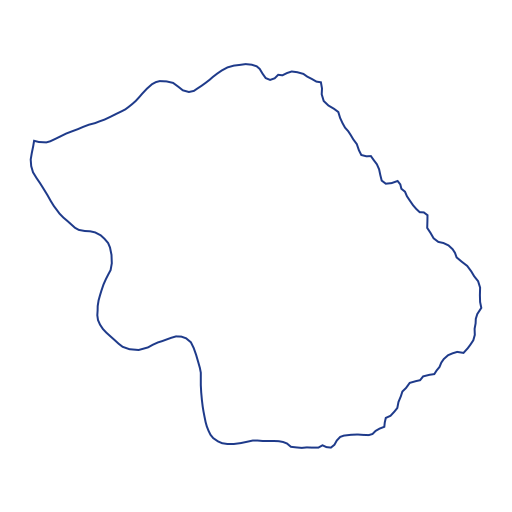 the district of Cristais, Minas Gerais, Brazil
{"feature_id": "56859067B19723843518718", "entity_name": "Cristais", "entity_type": "district", "adm_level": 2, "iso_a3": "BRA", "parent_name": "Brazil", "parent_adm1": "Minas Gerais", "projection": "robinson", "projection_center": [-45.56, -20.812], "detail": "fine", "context": "isolated", "style": "outline", "palette": "blue", "viewbox_px": 512, "rotation_deg": 0, "n_neighbors": 0, "source": "geoboundaries", "source_scale": "gbopen_adm2", "svg_char_len": 3130}
<svg xmlns="http://www.w3.org/2000/svg" viewBox="0 0 512 512"><path d="M434.3,374.1L436.6,370.5L439.5,367.0L441.3,362.6L443.8,359.0L448.1,355.2L452.6,353.3L457.2,351.9L463.5,352.9L467.7,348.3L470.3,344.8L473.3,340.3L474.8,334.9L474.6,328.8L475.6,323.4L475.8,318.8L477.3,314.0L481.3,307.9L480.1,302.0L479.9,295.2L480.1,287.6L478.1,281.2L474.2,276.3L471.2,271.3L467.2,265.9L461.6,261.6L456.6,257.4L455.0,252.9L452.6,249.2L448.5,245.4L443.4,243.0L438.3,241.9L433.6,238.3L430.5,232.9L427.2,227.9L427.4,221.4L427.5,215.2L423.8,212.4L419.7,212.2L416.2,208.9L413.0,205.2L409.5,200.1L406.9,196.2L405.0,191.7L401.4,188.8L400.3,184.4L397.6,181.0L391.6,183.1L385.8,183.7L381.7,180.6L380.3,175.0L379.1,169.3L376.9,164.3L373.5,159.8L370.9,156.1L366.4,156.3L361.3,155.0L358.9,150.2L356.8,144.1L353.3,139.4L350.5,134.7L348.2,131.2L345.0,127.6L342.5,123.1L340.1,117.9L338.3,112.0L334.0,108.8L328.4,105.5L323.7,101.0L321.7,94.3L322.0,88.5L320.9,82.3L316.4,81.6L311.9,79.0L307.2,76.6L303.4,73.9L297.2,72.2L291.7,71.5L287.1,73.0L282.4,75.3L278.2,74.8L274.7,78.3L270.1,79.9L265.7,78.1L262.5,73.6L259.7,68.9L256.7,66.3L251.7,64.7L245.6,64.1L239.9,64.9L233.9,65.6L227.5,67.4L221.9,70.4L217.2,73.6L212.9,76.9L209.6,79.8L205.7,82.8L201.4,85.9L197.1,88.7L193.9,90.9L188.9,92.0L182.8,90.3L178.4,86.8L173.1,82.9L166.5,81.4L159.7,81.1L155.9,82.1L152.0,84.2L146.9,88.7L142.2,93.7L139.0,97.4L135.7,101.0L131.8,104.4L128.4,107.1L125.3,109.4L121.6,111.3L116.2,113.9L110.0,117.0L104.5,119.6L99.4,121.4L95.1,123.1L88.9,124.7L83.1,126.9L78.0,129.1L71.8,131.4L66.3,133.5L61.2,136.0L55.3,138.9L50.2,141.3L46.3,142.4L38.8,142.0L34.1,140.8L33.2,146.2L31.8,153.0L30.7,159.5L31.2,166.1L33.0,172.3L36.5,178.0L40.0,183.1L43.0,187.9L47.5,195.2L50.8,201.1L53.9,206.1L56.7,209.8L59.5,213.6L63.4,217.6L67.3,220.9L71.0,224.2L75.0,227.8L78.8,229.9L84.8,231.0L90.2,231.3L95.1,232.4L100.7,235.3L104.5,238.8L108.1,243.0L110.0,247.5L111.5,254.9L111.8,263.3L110.6,270.1L108.4,274.2L105.9,279.1L103.5,284.5L101.5,290.4L100.0,295.3L98.6,300.3L97.7,306.0L97.6,310.7L97.3,315.2L98.0,320.1L100.0,324.6L102.9,329.0L106.3,332.6L110.5,336.4L114.9,340.3L118.6,343.7L122.6,346.8L129.4,349.2L138.6,350.0L143.7,348.6L148.0,347.4L152.9,344.7L158.0,342.4L162.2,341.1L166.8,339.4L171.2,337.8L176.0,336.4L181.3,336.6L186.1,338.3L190.9,342.3L193.7,348.0L196.1,354.8L198.2,362.0L199.9,368.0L200.8,372.7L200.8,378.8L200.8,385.1L201.2,392.4L201.9,400.0L202.7,406.6L203.5,411.5L204.5,416.7L205.6,422.1L206.8,426.4L208.5,430.7L210.5,434.8L213.2,438.1L218.0,441.4L222.1,443.2L227.4,444.0L233.8,444.0L240.7,443.1L247.4,441.7L252.9,440.5L257.2,440.5L262.7,441.0L268.3,441.0L274.2,441.0L278.8,441.2L283.1,442.0L287.0,443.5L290.9,446.8L296.2,447.4L301.7,447.9L306.8,447.4L311.8,447.6L318.4,447.6L322.5,445.3L326.4,447.1L330.9,447.6L334.4,444.8L336.8,440.5L340.2,436.9L343.9,435.6L350.9,434.8L357.6,434.5L363.1,434.9L368.8,435.1L372.5,434.0L375.6,430.9L379.6,428.6L384.3,426.8L384.8,422.3L385.8,417.9L390.5,415.8L394.4,411.6L397.3,408.0L398.5,401.9L400.8,396.4L402.4,391.5L406.0,388.0L409.7,382.9L416.0,381.1L420.1,380.2L423.1,376.4L429.5,374.8L434.3,374.1Z" fill="none" stroke="#1e3a8a" stroke-width="2"/></svg>